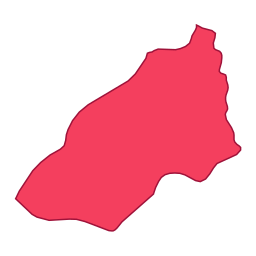 outline of Tumbes
{"feature_id": "PER-568", "entity_name": "Tumbes", "entity_type": "Department", "adm_level": 1, "iso_a3": "PER", "parent_name": "Peru", "parent_adm1": "", "projection": "orthographic", "projection_center": [-80.453, -3.803], "detail": "fine", "context": "isolated", "style": "filled", "palette": "rose", "viewbox_px": 256, "rotation_deg": 0, "n_neighbors": 0, "source": "natural_earth", "source_scale": "10m", "svg_char_len": 1340}
<svg xmlns="http://www.w3.org/2000/svg" viewBox="0 0 256 256"><path d="M240.6,147.7L240.6,150.0L236.6,154.5L217.0,163.5L213.5,167.9L209.8,173.8L205.6,179.0L200.3,181.6L195.6,180.6L185.0,174.9L179.9,173.3L174.8,173.0L169.7,173.3L165.0,174.7L161.3,177.4L158.6,181.4L155.6,187.5L153.5,193.8L153.5,194.0L153.3,194.2L122.0,221.8L117.0,228.0L115.1,229.8L113.3,230.8L112.0,230.9L108.9,230.6L84.9,221.5L76.5,219.3L69.3,219.1L49.1,220.3L37.0,217.1L32.2,214.4L15.9,199.0L15.6,198.8L15.4,199.3L19.3,191.1L32.8,170.7L40.7,162.5L50.1,155.0L60.4,149.2L64.2,145.7L65.7,140.4L66.4,134.7L68.1,129.5L72.6,120.6L79.3,112.1L88.3,104.7L128.1,81.0L135.3,74.0L145.9,58.4L147.4,53.2L149.5,52.4L152.0,52.0L154.2,50.6L158.1,49.1L175.6,49.7L180.4,48.6L185.5,46.5L189.6,43.2L191.3,38.7L192.0,35.9L195.4,30.2L196.5,27.5L196.5,25.1L198.3,25.9L202.4,28.1L211.9,30.6L215.4,33.3L214.9,37.7L213.3,43.0L213.9,48.2L215.4,49.6L219.6,51.3L221.2,53.2L221.8,55.4L221.8,57.9L221.3,62.7L219.4,69.5L219.3,71.4L220.9,73.2L223.4,74.0L225.6,75.0L226.3,77.3L226.3,80.2L227.8,85.0L228.1,87.7L227.7,90.2L226.0,95.1L225.6,97.3L225.6,99.8L225.9,101.8L227.4,106.5L227.6,109.0L226.8,110.9L225.7,112.7L225.3,114.6L226.4,119.7L231.5,127.7L233.7,132.8L234.0,135.1L234.0,139.7L234.7,141.9L236.9,144.4L239.1,145.9L240.6,147.4L240.6,147.7Z" fill="#f43f5e" stroke="#9f1239" stroke-width="1.5"/></svg>